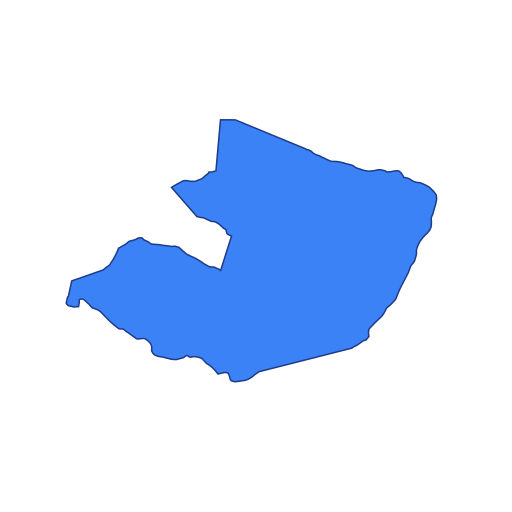 Balca, Choiseul, Saint Lucia, rotated 235°
{"feature_id": "8701671B30970661206572", "entity_name": "Balca", "entity_type": "district", "adm_level": 2, "iso_a3": "LCA", "parent_name": "Saint Lucia", "parent_adm1": "Choiseul", "projection": "albers", "projection_center": [-61.023, 13.772], "detail": "fine", "context": "isolated", "style": "filled", "palette": "blue", "viewbox_px": 512, "rotation_deg": 235, "n_neighbors": 0, "source": "geoboundaries", "source_scale": "gbopen_adm2", "svg_char_len": 5165}
<svg xmlns="http://www.w3.org/2000/svg" viewBox="0 0 512 512"><g transform="rotate(235 256 256)"><path d="M330.4,78.0L327.9,75.3L326.8,74.1L326.4,73.6L325.3,73.3L324.6,73.5L323.8,73.6L322.9,73.8L322.1,74.6L321.3,75.3L320.5,76.1L319.7,76.7L318.9,77.4L318.2,78.4L317.4,79.9L317.0,80.6L316.3,81.6L318.3,83.6L319.4,84.7L320.1,85.1L320.7,85.4L321.4,85.9L321.5,86.6L321.3,87.4L321.1,87.9L320.4,89.0L319.8,89.5L319.1,90.0L318.3,90.2L317.6,90.3L316.8,90.6L315.6,90.8L313.4,91.2L312.4,91.6L311.5,91.7L310.3,91.7L309.6,91.8L308.4,91.9L307.4,92.1L306.7,92.6L305.5,93.6L304.4,94.3L303.6,94.9L302.3,95.7L301.5,96.1L300.6,96.3L298.5,96.9L296.4,97.2L293.2,97.7L291.0,98.1L288.7,98.4L286.7,98.8L286.1,98.9L284.3,99.3L282.6,99.7L280.7,100.2L279.4,100.6L277.8,101.1L277.2,101.3L275.5,101.8L274.9,102.1L274.1,103.0L273.8,103.5L273.0,104.6L272.4,105.2L271.4,105.7L270.3,106.0L269.0,106.2L267.2,107.0L266.0,107.5L264.6,107.9L263.3,108.4L261.5,109.0L259.9,109.6L258.7,110.0L257.2,110.4L256.1,111.2L255.7,111.8L254.9,113.1L254.4,114.1L253.8,115.1L253.3,116.1L252.7,116.9L251.9,117.6L251.2,117.9L249.4,118.5L248.8,118.7L247.7,119.0L245.7,119.3L244.4,119.3L243.3,119.1L242.2,118.8L241.4,118.4L240.7,118.0L239.7,117.3L239.0,116.7L237.9,116.1L236.6,115.9L235.6,115.8L235.1,115.8L233.7,116.0L232.9,116.3L231.5,117.2L230.5,117.9L229.4,118.7L228.5,119.8L227.7,120.6L227.1,121.2L226.2,122.1L225.6,122.6L224.4,123.5L222.5,125.3L220.7,126.7L220.0,127.6L219.0,128.5L218.4,129.3L217.6,130.3L216.7,131.7L216.2,133.1L215.8,134.1L215.4,135.4L215.0,136.5L214.4,138.0L214.3,138.8L214.4,139.5L214.5,140.3L214.5,141.9L213.7,142.6L212.6,143.2L211.7,143.4L210.8,144.1L210.2,145.3L210.0,145.9L209.4,147.0L208.7,148.1L207.9,149.0L207.0,149.9L206.1,150.8L205.1,151.5L204.3,152.1L203.0,152.8L202.0,153.2L200.7,153.3L199.6,153.4L198.4,153.6L196.7,153.8L195.6,154.2L194.8,154.6L193.5,155.1L192.0,155.6L190.5,156.0L189.6,156.2L188.1,156.5L186.8,156.7L185.2,156.9L183.9,157.0L182.0,157.1L181.0,157.3L180.9,157.7L180.0,160.2L179.0,162.4L178.4,163.7L177.4,164.9L176.7,165.6L175.7,165.9L174.1,165.7L170.9,164.6L169.9,164.2L169.1,164.1L168.4,164.1L167.4,164.6L166.3,165.5L165.1,166.6L164.4,167.8L163.5,169.4L162.6,171.3L161.7,173.1L160.8,174.9L160.3,176.0L159.8,177.6L159.6,178.6L159.4,180.0L159.3,180.6L159.3,182.3L159.2,183.6L159.4,185.4L159.4,186.4L159.5,186.7L159.5,192.1L125.6,281.5L125.6,283.3L125.0,287.8L125.0,295.3L124.1,298.1L125.3,302.3L129.1,304.4L131.4,306.8L132.9,314.0L134.4,323.9L135.5,327.5L138.5,333.3L138.9,338.0L139.4,340.9L140.4,345.5L144.5,351.8L146.7,355.4L148.8,359.3L151.8,365.1L154.7,370.7L155.9,372.5L157.6,374.9L159.1,377.2L159.6,378.7L160.1,380.9L160.9,382.9L163.3,386.0L165.8,388.8L167.6,389.9L169.6,391.6L171.6,394.4L173.9,398.5L175.4,403.3L176.2,406.6L176.4,408.9L177.2,412.0L177.7,413.4L179.2,415.9L181.2,417.7L183.8,419.6L186.7,421.3L188.5,424.2L189.9,426.1L193.0,429.8L195.0,432.5L198.9,436.5L201.1,437.9L202.9,438.7L207.3,438.5L212.8,437.5L215.9,436.1L219.7,433.9L222.0,432.3L223.4,430.8L223.8,430.3L224.5,429.5L226.8,427.8L231.8,425.6L233.3,424.5L235.1,422.8L235.5,422.0L237.1,422.4L239.0,422.5L241.1,422.5L243.3,422.0L244.5,420.9L245.5,419.5L246.5,417.6L248.2,413.9L249.4,411.9L250.1,411.2L251.5,410.8L252.2,410.2L254.3,408.4L256.0,406.5L257.1,404.2L258.4,401.2L260.8,397.0L262.8,394.9L265.2,392.7L268.2,390.6L268.9,389.9L271.7,388.1L274.2,387.4L275.1,386.9L277.4,385.0L279.3,383.3L281.2,381.8L282.0,381.2L284.9,378.6L287.2,376.2L287.9,375.4L289.5,373.0L291.0,371.4L293.3,370.1L298.7,367.0L301.8,365.4L303.0,364.4L305.2,362.9L306.9,362.1L307.8,361.8L310.1,361.3L311.3,360.8L312.8,359.9L314.2,358.6L315.4,358.0L379.4,317.1L382.6,312.6L387.9,305.0L348.6,271.9L349.6,269.7L350.2,267.9L350.9,266.8L351.8,265.7L351.1,264.4L350.8,259.8L350.3,256.0L351.3,252.2L352.0,249.1L354.6,245.4L358.2,241.7L359.4,239.3L360.0,234.2L360.3,231.0L360.7,226.1L322.2,230.2L319.0,233.1L317.4,234.9L312.5,237.8L310.2,239.1L307.4,242.2L304.5,243.5L302.8,244.2L297.3,245.3L295.0,246.5L291.3,245.1L289.9,245.3L286.4,247.4L264.5,218.8L265.2,218.6L265.7,218.4L267.1,217.7L267.7,217.3L268.7,216.6L269.2,216.3L270.1,215.9L270.7,215.5L271.1,215.1L271.5,214.7L272.1,213.8L273.2,212.5L274.3,211.5L275.2,211.0L276.0,210.5L277.4,210.0L278.6,209.3L280.1,208.7L281.7,208.2L283.9,207.3L284.9,206.9L286.0,206.4L286.8,206.0L288.0,205.5L289.2,204.9L290.3,204.2L291.2,203.8L292.1,203.1L292.8,202.7L293.2,202.5L294.4,201.9L295.5,201.3L296.6,200.6L297.5,200.2L298.7,199.9L299.7,199.7L301.8,199.1L307.4,197.8L310.3,195.4L310.7,195.1L311.1,194.3L311.7,193.2L312.3,192.3L314.2,190.3L317.7,186.4L321.5,182.4L324.3,178.9L325.6,177.5L326.2,176.9L327.3,176.5L328.2,176.3L329.2,176.0L329.9,175.6L331.2,174.8L332.4,174.1L333.2,173.6L336.4,172.9L337.0,172.0L337.6,171.2L338.3,169.8L338.4,168.7L338.5,167.3L338.9,165.7L340.7,160.9L340.8,160.0L340.7,158.8L340.5,157.3L340.5,155.8L340.6,154.0L340.9,151.3L340.9,149.6L341.3,148.3L340.8,147.2L340.0,146.1L339.0,144.4L337.7,142.1L336.7,140.3L335.8,138.5L335.1,137.1L334.4,135.4L334.0,134.3L333.4,132.8L332.8,131.4L332.6,130.7L332.6,129.4L332.6,127.9L332.6,127.1L332.5,125.7L332.5,124.6L332.2,123.0L341.3,90.8L330.6,79.2L330.4,78.0Z" fill="#3b82f6" stroke="#1e3a8a" stroke-width="1.5"/></g></svg>